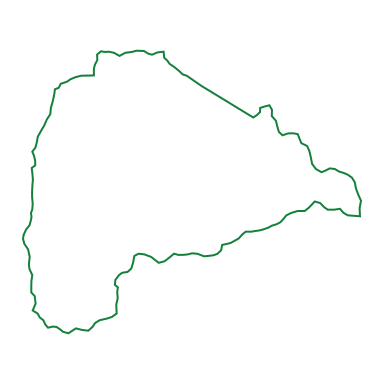 São Roque do Canaã, Espírito Santo, Brazil (Mercator projection)
{"feature_id": "56859067B1151927848611", "entity_name": "São Roque do Canaã", "entity_type": "district", "adm_level": 2, "iso_a3": "BRA", "parent_name": "Brazil", "parent_adm1": "Espírito Santo", "projection": "mercator", "projection_center": [-40.674, -19.727], "detail": "fine", "context": "isolated", "style": "outline", "palette": "green", "viewbox_px": 384, "rotation_deg": 0, "n_neighbors": 0, "source": "geoboundaries", "source_scale": "gbopen_adm2", "svg_char_len": 2320}
<svg xmlns="http://www.w3.org/2000/svg" viewBox="0 0 384 384"><path d="M54.9,89.3L54.4,93.6L53.5,97.9L52.6,101.9L50.9,107.7L50.3,114.2L46.8,119.5L44.2,125.6L41.6,129.9L39.7,133.3L37.8,136.6L36.9,141.9L35.4,147.6L32.3,151.7L34.1,156.0L35.2,161.1L35.2,165.4L31.7,168.0L32.3,172.7L32.9,179.4L32.4,185.5L32.1,191.7L32.1,196.9L32.7,203.5L32.3,209.2L31.0,213.1L31.5,217.2L30.6,221.4L29.5,225.3L26.1,229.5L23.7,234.7L23.0,238.8L24.3,243.7L28.1,249.4L29.7,256.9L28.9,264.4L29.5,269.2L32.3,275.1L31.4,281.1L31.3,286.4L31.3,292.5L34.7,296.1L35.6,303.6L32.7,310.5L37.7,313.6L39.8,317.5L43.4,320.3L45.2,324.3L48.0,327.7L52.7,326.6L56.4,326.9L59.9,329.2L63.1,331.8L68.4,333.3L71.7,331.1L76.0,328.4L81.9,329.9L88.3,330.7L92.5,326.9L95.1,323.0L99.7,320.2L107.2,318.5L112.0,316.9L116.7,313.4L116.4,308.5L116.3,304.2L117.7,298.5L117.2,292.0L117.9,287.4L114.9,284.9L115.4,279.9L119.0,275.1L122.1,272.8L127.6,271.9L131.2,268.7L133.0,262.9L134.4,255.9L138.6,253.7L144.3,254.4L151.1,256.9L158.7,262.8L164.5,261.3L169.8,257.2L174.0,253.7L178.4,254.9L183.0,254.9L187.7,254.4L192.1,253.3L197.5,253.8L204.0,256.3L208.3,255.9L213.3,255.3L217.3,253.9L221.1,250.3L222.2,244.9L225.9,244.1L230.6,243.0L238.8,238.4L242.2,234.5L245.7,231.7L251.3,231.7L255.9,230.9L259.7,230.4L264.0,229.2L268.4,227.6L271.8,225.7L276.4,224.3L280.3,222.3L283.5,218.9L286.3,215.4L290.8,213.1L297.6,211.0L304.7,211.0L309.3,207.3L314.7,201.5L320.1,203.0L324.3,207.3L327.8,209.7L334.2,209.7L340.0,208.8L343.3,212.7L347.7,215.3L360.0,216.3L359.6,208.2L361.0,200.7L358.2,194.5L355.9,188.3L354.8,182.3L351.9,177.6L347.9,174.8L344.1,173.1L339.0,171.5L334.8,169.0L329.7,168.4L325.1,170.8L321.5,172.2L315.9,169.0L312.1,163.9L310.7,156.7L309.3,150.9L307.1,146.0L301.4,143.2L299.4,138.5L297.8,134.2L293.6,133.3L288.1,133.4L282.5,135.3L278.9,131.9L277.4,126.9L275.9,120.7L271.8,116.1L272.0,109.9L269.4,105.3L265.0,106.4L260.2,107.9L260.0,112.2L256.7,115.2L253.3,117.5L201.4,85.9L186.7,75.7L182.6,74.4L179.6,71.4L174.4,67.1L169.6,63.9L167.4,60.7L164.2,57.7L163.6,51.7L157.5,52.4L152.0,54.7L148.2,53.6L144.0,51.0L136.8,50.7L131.5,52.0L125.3,52.8L119.5,55.9L114.0,52.8L108.8,51.7L105.1,52.0L101.1,51.3L97.1,54.5L97.3,60.1L95.0,64.5L93.9,68.6L93.9,75.4L87.7,75.6L81.2,75.7L75.4,77.2L70.4,79.3L67.0,81.7L60.7,83.8L58.7,87.8L54.9,89.3Z" fill="none" stroke="#15803d" stroke-width="2"/></svg>